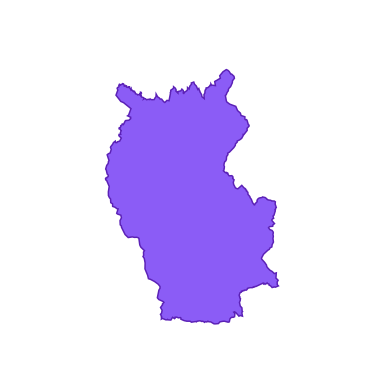 the district of Cuenca, Azuay, Ecuador, rotated 45°
{"feature_id": "8360857B44277665484155", "entity_name": "Cuenca", "entity_type": "district", "adm_level": 2, "iso_a3": "ECU", "parent_name": "Ecuador", "parent_adm1": "Azuay", "projection": "albers", "projection_center": [-79.199, -2.836], "detail": "fine", "context": "isolated", "style": "filled", "palette": "violet", "viewbox_px": 384, "rotation_deg": 45, "n_neighbors": 0, "source": "geoboundaries", "source_scale": "gbopen_adm2", "svg_char_len": 6057}
<svg xmlns="http://www.w3.org/2000/svg" viewBox="0 0 384 384"><g transform="rotate(45 192 192)"><path d="M293.2,190.4L288.8,190.2L287.9,189.6L286.6,185.4L286.8,179.5L287.2,177.9L286.7,176.3L287.3,174.4L285.9,172.6L285.0,169.8L282.1,167.6L280.9,165.9L279.1,164.6L278.4,163.4L277.4,162.8L275.7,162.6L273.7,163.5L271.4,163.2L271.3,161.7L273.3,159.2L272.5,158.1L272.7,156.0L269.0,155.7L268.2,155.3L267.9,154.0L268.4,153.0L266.3,151.7L266.4,150.5L264.2,146.4L263.2,145.8L263.2,145.0L262.5,144.2L262.6,143.4L259.3,141.7L257.9,140.0L256.6,140.2L254.6,142.0L253.5,142.2L251.7,143.6L250.3,144.2L249.7,143.9L247.6,144.2L245.4,145.6L245.4,146.3L243.8,148.7L243.5,149.9L243.8,151.8L244.9,152.8L244.9,155.7L245.4,156.8L245.1,157.1L242.4,156.7L239.1,155.2L237.1,154.9L236.1,154.3L233.3,154.1L231.7,152.7L229.8,152.8L229.5,152.2L228.0,152.4L227.8,152.0L227.0,152.0L225.7,152.3L222.5,152.1L222.2,157.2L221.7,157.7L219.8,158.4L216.1,157.2L214.4,156.0L213.1,153.6L211.3,153.7L211.1,153.0L210.5,152.9L209.9,152.2L208.6,152.3L206.8,154.3L204.6,154.0L204.3,153.5L203.5,153.9L203.5,153.5L202.6,153.7L201.9,154.7L199.2,154.8L199.0,153.7L198.1,152.8L198.1,152.5L196.9,151.1L195.7,150.6L194.5,149.0L193.7,147.3L193.9,146.2L193.4,144.8L191.4,142.5L191.0,140.2L189.8,139.3L190.3,137.4L190.2,131.1L189.7,128.5L188.7,127.2L188.7,124.8L187.9,124.0L188.8,121.6L189.2,119.0L188.3,115.9L187.5,115.1L188.1,114.7L187.5,109.5L185.9,108.0L185.8,105.2L185.1,104.4L184.1,104.5L180.1,102.3L179.3,102.3L178.7,103.1L177.8,103.0L176.2,101.4L172.6,103.2L170.4,102.0L166.6,102.2L162.4,100.5L156.5,103.2L152.9,103.7L151.9,103.3L147.4,100.2L147.4,99.0L146.4,96.8L146.1,94.7L145.4,94.1L144.8,92.6L144.8,90.2L143.3,86.3L142.0,84.7L141.6,81.6L139.9,80.5L136.6,80.6L136.1,81.2L133.0,80.5L131.2,80.6L129.7,81.2L128.9,85.0L129.4,90.2L131.6,91.5L129.9,97.8L133.3,100.2L130.2,102.6L128.9,102.2L129.9,103.4L129.3,103.7L129.6,105.0L129.4,107.1L128.4,108.4L129.3,109.7L129.2,110.2L129.7,111.3L131.1,112.9L131.6,114.7L134.6,117.3L131.6,117.6L130.0,116.4L126.6,115.5L126.3,115.1L125.4,115.0L123.6,114.0L123.6,115.4L120.1,114.0L117.6,114.0L115.5,113.0L114.4,115.4L115.4,116.2L115.6,118.6L117.1,121.2L115.0,121.3L116.3,122.6L116.7,123.8L116.2,126.6L116.5,128.1L115.8,128.2L114.8,126.8L113.9,126.4L112.1,126.4L112.6,128.3L111.0,130.9L112.1,132.0L109.2,132.0L108.7,131.1L106.9,130.4L104.6,130.6L105.3,131.3L105.5,132.4L105.0,135.1L106.0,136.0L106.4,137.1L107.1,137.6L111.2,143.7L109.5,144.9L109.5,147.9L108.0,148.2L104.8,147.8L103.7,148.8L102.5,148.6L100.4,149.0L97.4,148.1L99.2,150.1L99.2,151.1L99.9,153.4L98.5,155.0L97.3,155.8L96.5,155.8L96.5,156.8L95.6,157.3L94.6,158.9L93.1,159.0L92.3,159.6L92.1,160.5L91.7,159.6L91.1,159.5L89.1,160.5L87.9,159.7L87.8,160.3L86.6,160.2L86.5,159.7L87.0,159.4L86.3,158.6L86.4,157.9L85.7,157.5L85.1,157.8L85.6,158.2L85.4,159.3L86.1,160.4L85.6,160.6L84.8,161.8L84.0,161.7L82.5,162.5L81.7,161.9L81.0,161.7L80.4,162.1L80.0,161.6L79.3,162.4L78.9,162.1L78.2,162.5L77.0,162.3L76.9,162.9L75.6,161.8L75.7,162.7L74.7,162.4L73.7,162.6L73.3,161.9L72.8,162.4L72.9,163.2L72.2,163.8L71.0,163.4L71.0,163.9L70.3,163.6L69.4,164.8L69.0,164.0L68.3,164.4L67.6,164.5L67.1,164.0L66.3,164.4L66.2,165.8L65.7,166.3L65.8,167.0L64.5,167.2L64.9,168.4L65.4,168.5L65.9,169.5L65.5,170.8L65.7,171.6L67.5,172.4L69.8,177.3L77.6,178.3L80.4,177.2L89.9,176.2L92.8,182.4L92.6,183.7L95.8,182.5L96.1,183.2L96.8,183.5L96.6,185.9L94.6,188.3L94.5,188.9L95.8,192.8L94.6,193.2L95.0,194.1L94.7,195.5L95.3,195.9L95.7,197.1L95.1,197.9L95.4,198.6L95.9,198.9L96.9,198.3L98.0,198.8L98.5,198.6L99.6,201.0L100.8,201.6L99.7,202.9L100.5,203.9L103.9,203.9L104.9,207.2L103.8,209.1L103.9,210.3L102.9,211.1L101.8,210.3L101.5,212.6L102.1,214.3L102.5,217.5L102.8,218.1L104.8,219.0L106.5,222.3L105.8,224.2L105.7,225.7L111.0,228.4L111.5,229.8L112.5,230.9L112.9,233.5L114.7,236.8L116.0,237.2L119.4,239.3L120.3,239.2L121.5,239.8L121.8,240.6L121.5,241.7L121.8,242.1L121.2,242.8L121.4,243.7L122.4,244.4L123.5,244.2L129.5,246.6L132.8,251.1L135.4,253.6L137.6,254.4L139.3,254.5L142.1,257.0L144.1,256.5L146.1,258.3L148.3,257.2L150.7,256.9L151.7,256.2L153.8,260.3L154.8,260.3L158.1,258.7L160.4,260.2L161.3,263.1L164.5,266.0L165.9,265.9L167.1,266.8L174.8,269.4L179.1,269.3L181.5,266.0L183.5,264.7L184.8,263.2L186.2,262.4L187.2,262.3L192.4,266.3L193.7,266.8L195.0,267.2L199.9,267.1L200.2,268.8L202.6,271.0L203.0,272.3L205.2,272.7L209.0,275.3L213.1,279.6L219.6,282.3L222.5,284.1L224.5,283.1L228.7,281.8L233.2,281.1L236.1,281.4L237.4,282.6L238.0,284.8L242.3,291.3L244.6,291.5L249.2,289.8L250.2,289.9L250.3,292.2L250.9,292.5L251.4,295.9L254.5,296.8L256.2,299.3L256.2,300.8L258.5,301.5L258.6,302.1L259.3,302.3L260.2,303.5L260.5,302.3L263.7,301.0L264.8,300.0L264.8,299.4L265.5,299.3L267.6,297.5L266.9,294.3L269.2,293.9L269.3,293.3L268.6,292.5L269.7,291.3L271.4,290.6L272.6,289.0L273.3,289.0L274.1,289.8L277.4,288.5L279.7,287.0L281.9,284.8L283.7,284.4L286.0,281.2L287.0,280.6L286.9,279.9L288.7,277.4L290.5,276.6L290.5,276.2L291.9,275.3L292.9,275.4L293.3,274.1L294.4,273.4L294.6,272.1L295.6,271.9L297.1,270.6L300.7,269.7L301.8,268.7L303.7,266.4L303.6,264.0L305.2,261.7L306.2,260.5L309.6,258.5L310.2,257.4L308.6,255.0L308.4,253.9L308.7,252.5L309.8,251.4L310.3,250.1L308.7,248.1L307.5,247.4L306.5,247.4L306.8,246.6L308.5,246.3L313.0,246.6L313.4,245.2L315.5,244.1L313.1,242.5L312.4,241.8L312.3,240.8L311.6,240.7L309.2,238.6L306.7,238.5L303.6,236.5L302.8,234.6L301.5,233.0L300.6,233.1L300.0,232.3L299.7,232.4L298.3,231.6L297.2,229.3L297.7,227.9L297.1,227.3L297.4,226.6L298.0,226.3L297.8,225.7L298.6,224.8L298.4,224.4L299.9,222.8L299.7,221.2L299.4,221.0L299.6,220.4L300.7,218.6L302.3,217.0L302.5,215.7L303.0,215.7L303.3,214.6L302.9,214.5L303.4,214.5L303.4,214.1L304.0,213.6L306.7,206.1L307.7,206.4L307.8,205.6L308.9,205.6L309.0,204.6L309.5,204.1L309.4,203.2L310.2,203.3L311.5,202.7L311.9,202.8L312.2,203.3L313.9,202.8L316.2,202.9L317.3,201.0L318.3,200.3L319.5,197.3L317.8,197.2L315.9,195.5L315.3,193.5L312.2,193.5L308.8,189.6L307.8,191.5L305.0,191.5L302.3,192.2L298.7,192.1L297.2,191.7L296.4,191.0L293.2,190.4Z" fill="#8b5cf6" stroke="#5b21b6" stroke-width="1.5"/></g></svg>